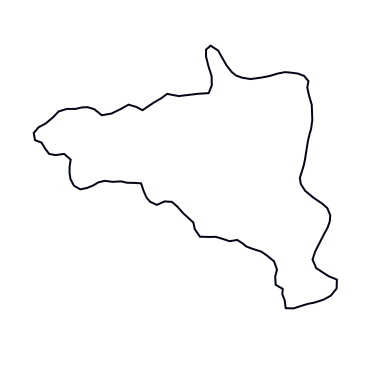 outline of Ipaba, Minas Gerais, Brazil, rotated 166°
{"feature_id": "56859067B37276633330355", "entity_name": "Ipaba", "entity_type": "district", "adm_level": 2, "iso_a3": "BRA", "parent_name": "Brazil", "parent_adm1": "Minas Gerais", "projection": "mercator", "projection_center": [-42.368, -19.398], "detail": "fine", "context": "isolated", "style": "outline", "palette": "ink", "viewbox_px": 384, "rotation_deg": 166, "n_neighbors": 0, "source": "geoboundaries", "source_scale": "gbopen_adm2", "svg_char_len": 1712}
<svg xmlns="http://www.w3.org/2000/svg" viewBox="0 0 384 384"><g transform="rotate(166 192 192)"><path d="M72.6,72.0L79.6,77.1L83.9,81.6L89.9,88.1L91.4,97.3L86.8,104.6L80.5,111.8L74.6,118.6L68.9,124.8L65.4,130.2L63.5,136.0L64.6,143.6L68.7,149.5L75.3,156.8L81.9,165.7L84.5,173.4L83.9,179.7L80.1,185.8L76.8,191.4L74.2,196.9L70.9,204.7L67.2,213.4L64.3,219.1L61.1,224.6L57.9,232.6L56.0,241.4L54.7,247.9L55.1,256.4L54.9,265.3L52.2,271.4L55.1,277.5L60.6,281.3L67.2,283.9L72.7,285.8L79.9,286.2L88.4,285.8L96.5,286.2L107.8,287.4L115.6,290.7L121.0,294.3L124.5,298.9L128.0,306.9L130.3,315.1L132.4,322.9L138.6,329.5L143.9,326.7L145.6,320.4L145.6,309.6L144.9,299.9L147.0,290.7L151.9,283.9L162.2,285.8L173.2,287.2L181.7,288.3L187.4,290.9L192.3,293.2L199.5,290.3L206.5,288.3L212.8,286.1L220.2,283.3L225.4,288.0L232.4,292.1L241.0,289.8L251.1,287.6L261.0,288.3L266.7,295.9L272.6,299.5L278.2,300.7L284.9,300.8L293.4,302.9L301.9,302.4L308.8,298.1L317.1,294.0L325.2,291.9L331.3,287.6L331.8,280.3L326.0,276.3L324.0,269.6L321.4,263.5L315.4,260.8L306.8,259.9L301.9,252.8L304.8,245.7L306.2,240.0L306.8,233.8L305.0,226.7L299.8,221.6L292.9,221.3L286.6,222.2L280.5,224.0L274.2,224.0L266.4,221.0L258.3,219.5L252.8,216.7L245.9,214.8L239.3,212.7L238.7,204.8L237.5,197.7L235.0,192.6L229.2,188.0L220.9,189.5L213.9,187.3L209.9,181.6L205.6,173.4L201.2,166.8L198.1,162.0L198.3,155.3L195.1,146.7L185.4,144.0L179.9,142.8L174.9,139.9L167.5,135.2L159.7,134.5L155.7,130.3L152.5,126.0L146.7,122.0L139.2,117.4L134.3,111.8L129.2,104.9L128.3,96.2L131.7,89.9L133.3,81.7L127.4,76.1L129.1,70.9L128.3,64.6L129.2,56.6L121.7,54.5L113.0,55.1L106.6,55.4L99.8,55.1L90.5,55.7L82.5,57.8L75.0,63.4L72.6,72.0Z" fill="none" stroke="#020617" stroke-width="2"/></g></svg>